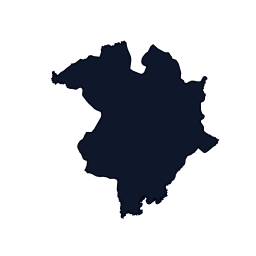 outline of Mueang Sakon Nakhon, Sakon Nakhon, Thailand, rotated 199°
{"feature_id": "78962969B18932454885431", "entity_name": "Mueang Sakon Nakhon", "entity_type": "district", "adm_level": 2, "iso_a3": "THA", "parent_name": "Thailand", "parent_adm1": "Sakon Nakhon", "projection": "mercator", "projection_center": [104.081, 17.195], "detail": "fine", "context": "isolated", "style": "filled", "palette": "ink", "viewbox_px": 256, "rotation_deg": 199, "n_neighbors": 0, "source": "geoboundaries", "source_scale": "gbopen_adm2", "svg_char_len": 5723}
<svg xmlns="http://www.w3.org/2000/svg" viewBox="0 0 256 256"><g transform="rotate(199 128 128)"><path d="M216.6,157.0L217.3,156.4L217.3,156.0L216.9,155.0L215.8,154.4L216.1,153.5L216.0,152.9L215.4,152.5L215.5,150.8L216.0,150.0L215.1,149.1L215.0,148.3L214.5,148.2L214.2,148.4L213.9,148.2L214.0,147.6L213.7,146.8L213.0,146.8L212.7,147.1L212.2,146.8L211.4,146.9L210.8,146.3L210.3,147.5L210.5,148.0L209.8,148.0L209.6,148.9L208.3,148.7L207.7,148.3L207.5,148.7L206.6,148.9L206.3,148.3L205.7,148.3L205.5,148.6L205.8,149.3L205.7,149.8L204.7,148.9L204.4,149.4L203.9,149.4L203.6,149.1L203.4,149.6L201.6,150.1L200.7,149.5L200.1,148.5L199.6,148.2L198.6,146.9L195.7,146.8L193.6,147.5L189.9,147.9L188.4,149.5L187.9,150.5L185.7,151.6L183.7,150.7L183.2,150.2L182.3,148.2L181.7,145.1L181.1,144.1L176.0,140.7L173.3,139.1L165.5,135.6L163.4,135.2L158.0,134.9L158.0,133.6L156.9,132.8L157.0,131.5L156.4,131.0L156.6,130.1L156.4,129.8L159.1,115.6L160.8,111.6L165.4,110.2L165.7,109.8L165.5,108.9L166.1,107.7L166.2,105.3L166.6,102.7L168.6,100.1L169.4,97.3L169.5,95.4L168.9,93.3L165.0,89.4L164.0,89.0L162.8,87.9L160.1,84.6L158.1,84.1L156.0,84.4L154.8,82.0L154.5,79.7L154.1,78.9L153.7,78.6L154.5,77.6L154.3,76.0L154.7,74.2L152.9,73.6L151.8,72.7L150.4,73.3L147.7,73.5L142.7,72.7L141.1,72.7L140.3,73.1L139.0,73.0L137.6,73.8L135.2,74.6L132.1,75.1L128.7,74.7L125.2,76.1L123.7,76.3L121.7,76.1L120.7,75.3L120.1,74.5L119.7,73.3L118.2,67.2L117.5,65.6L115.9,63.8L115.9,63.0L115.0,60.0L112.8,58.4L112.6,58.1L112.8,57.9L112.8,57.3L112.3,57.3L111.6,56.8L111.7,56.3L111.4,56.4L110.8,55.9L110.4,56.0L110.3,55.4L109.5,55.1L109.9,54.1L108.7,51.9L109.1,51.0L108.5,49.9L108.7,49.6L107.3,47.6L107.2,46.6L107.8,46.4L107.7,45.9L105.9,44.8L105.5,42.4L104.9,41.4L104.3,41.6L103.7,41.5L104.2,42.9L104.1,43.2L103.4,43.3L103.8,44.1L102.3,44.6L102.9,46.1L101.5,47.3L100.2,47.9L100.1,48.4L100.5,48.8L100.5,49.4L97.9,47.9L96.7,48.7L95.7,48.7L95.0,47.7L94.5,48.5L94.0,48.2L93.8,48.9L93.5,49.3L92.0,48.8L91.6,48.9L92.0,49.7L91.7,50.4L90.6,50.3L90.0,50.6L89.8,49.8L89.6,49.7L88.0,51.3L87.3,52.3L87.2,52.8L87.9,53.7L88.0,54.6L91.0,53.9L91.2,57.0L89.9,58.7L90.1,60.8L90.7,61.2L92.5,60.5L93.2,60.7L92.9,62.8L91.3,63.1L91.2,64.1L92.1,64.5L91.1,64.8L89.8,66.4L89.9,67.9L90.7,67.5L91.2,67.9L91.9,67.5L91.3,68.5L90.5,69.0L89.2,69.2L87.8,68.3L86.8,68.5L86.5,67.1L86.9,65.7L86.9,65.2L85.9,63.9L84.7,63.2L83.6,63.2L82.5,63.9L81.6,65.5L80.4,66.9L80.3,67.5L80.8,68.7L80.5,68.8L79.5,68.3L79.2,69.0L79.3,69.8L78.8,69.3L78.5,70.1L78.2,70.1L77.3,68.6L77.6,67.3L76.5,66.0L76.1,66.0L76.2,66.5L74.6,67.0L74.9,68.0L74.2,67.8L73.9,68.1L73.2,69.5L73.7,69.7L73.7,70.4L72.5,71.5L74.2,71.5L74.3,71.8L74.1,72.4L73.6,73.0L73.0,72.5L72.4,72.8L72.0,74.1L71.7,74.1L71.8,74.7L71.6,74.3L71.4,74.6L71.5,75.0L71.1,75.8L70.6,75.6L69.9,76.6L69.4,76.5L69.3,76.8L70.1,77.4L70.3,77.9L71.0,78.0L70.6,78.7L70.5,79.7L71.2,79.9L71.5,80.5L71.0,81.8L72.3,81.8L72.7,82.9L73.5,83.2L73.7,83.6L74.1,83.4L73.9,83.6L74.2,83.7L73.8,84.3L74.0,84.9L73.8,84.9L73.9,86.3L73.6,86.3L73.4,87.0L72.9,87.3L72.3,87.2L72.5,87.7L72.1,87.9L72.0,88.4L71.7,88.3L71.1,89.0L70.5,89.0L70.1,89.5L70.6,90.2L69.8,90.9L70.3,91.9L69.8,92.1L68.1,94.5L68.2,95.2L67.9,96.2L67.9,97.8L68.5,99.9L67.9,100.8L68.2,101.1L68.1,101.7L67.1,103.5L66.8,104.8L66.3,105.2L66.0,105.1L65.9,105.8L65.7,105.9L65.8,106.8L64.5,108.5L64.6,109.1L63.2,111.9L63.2,113.8L64.0,117.0L63.2,120.9L62.2,122.1L60.2,123.4L59.1,125.2L57.7,126.7L55.4,132.7L48.6,130.0L47.7,130.0L46.9,130.4L45.5,132.2L41.6,138.6L39.9,140.5L40.0,141.8L38.7,143.1L39.3,143.6L39.4,144.7L39.0,145.0L38.8,145.9L39.6,145.6L40.2,146.3L41.3,146.2L42.4,147.1L43.1,146.8L43.8,147.0L45.2,146.8L46.1,146.9L46.6,147.3L47.4,146.9L48.1,147.6L48.6,147.2L49.0,147.7L50.1,147.4L50.9,148.0L52.1,148.0L55.4,149.3L56.0,150.1L57.3,153.6L61.6,156.9L62.2,159.2L60.0,161.8L59.9,163.7L60.5,164.5L62.9,165.2L65.5,168.5L67.9,175.2L67.9,176.0L65.7,178.1L65.3,180.0L66.0,182.3L65.8,183.7L65.9,184.5L66.4,185.0L67.8,185.3L68.6,186.6L69.6,187.2L70.3,188.2L70.3,189.8L69.9,189.8L69.9,190.2L70.4,190.7L70.7,191.6L70.4,191.8L70.6,192.4L70.2,192.9L70.6,193.6L70.5,195.1L69.9,195.8L70.4,196.9L70.9,197.4L71.0,198.5L70.5,198.7L70.3,199.4L69.6,200.2L70.5,201.2L71.2,201.5L72.6,201.2L73.3,199.5L73.2,198.5L73.7,197.5L73.6,196.1L75.4,194.6L77.0,194.0L77.9,194.0L79.0,193.5L79.9,193.7L82.9,192.9L85.1,191.0L86.5,189.2L87.7,188.7L89.6,188.8L90.2,189.1L90.6,190.1L91.3,190.7L94.4,191.4L95.3,192.9L96.2,196.8L97.1,198.4L101.5,204.8L104.0,206.9L105.3,207.4L108.6,207.4L109.5,208.0L110.5,209.3L112.0,210.2L113.9,211.9L114.5,212.0L117.2,211.0L118.3,211.0L125.6,212.2L131.3,214.6L132.6,212.4L133.4,206.4L135.2,204.0L136.5,200.4L136.9,198.1L136.4,195.2L135.4,193.7L134.0,193.0L130.8,192.6L129.9,192.1L130.2,186.2L130.8,184.6L132.2,183.1L133.6,182.7L142.2,183.1L145.8,184.3L147.6,192.9L148.6,195.3L150.9,198.3L154.3,201.9L156.8,205.6L157.6,207.6L157.9,207.8L158.2,206.9L158.9,206.7L159.0,208.2L159.8,208.6L160.8,207.4L162.0,207.2L161.3,205.8L161.8,205.1L162.4,204.8L164.5,205.4L164.9,205.0L165.4,203.3L165.8,203.3L166.1,203.8L166.5,203.9L167.4,203.4L167.4,201.6L167.7,200.6L168.2,200.2L168.9,200.6L169.4,200.4L169.9,198.7L172.0,199.9L173.5,199.9L174.9,198.9L175.0,197.9L176.1,198.2L176.5,198.1L176.5,196.9L176.8,196.6L178.6,196.6L178.6,195.2L178.3,194.6L178.6,193.4L177.8,192.4L177.5,191.3L177.3,185.5L184.1,184.0L185.8,184.3L186.1,183.9L187.3,183.9L188.3,182.8L187.5,181.8L188.5,181.7L189.3,179.9L190.5,178.5L191.2,178.7L191.8,177.8L192.7,177.4L195.1,177.3L198.4,172.2L200.7,170.4L201.8,170.1L202.0,168.7L205.1,164.2L206.7,161.3L209.5,158.0L210.8,155.3L211.4,154.7L212.5,154.2L212.6,154.5L213.4,154.6L213.4,155.2L214.0,155.6L215.2,155.5L215.4,155.0L215.9,155.6L215.8,156.2L216.5,156.4L216.6,157.0Z" fill="#0f172a" stroke="#020617" stroke-width="1.5"/></g></svg>